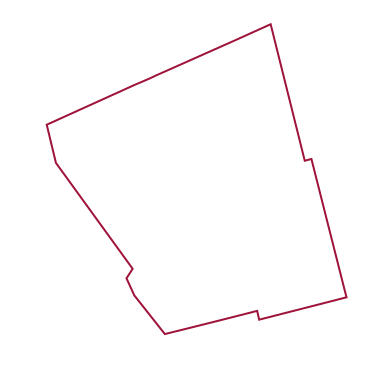 outline of Haralson, Georgia, United States of America, rotated 75°
{"feature_id": "52423323B68344767705299", "entity_name": "Haralson", "entity_type": "district", "adm_level": 2, "iso_a3": "USA", "parent_name": "United States of America", "parent_adm1": "Georgia", "projection": "mercator", "projection_center": [-85.207, 33.779], "detail": "fine", "context": "isolated", "style": "outline", "palette": "rose", "viewbox_px": 384, "rotation_deg": 75, "n_neighbors": 0, "source": "geoboundaries", "source_scale": "gbopen_adm2", "svg_char_len": 403}
<svg xmlns="http://www.w3.org/2000/svg" viewBox="0 0 384 384"><g transform="rotate(75 192 192)"><path d="M50.3,72.6L57.6,117.1L58.4,122.4L70.2,197.2L71.3,203.0L73.8,220.4L89.4,314.9L128.7,315.9L250.8,269.2L258.4,277.6L276.9,274.5L322.2,255.0L323.3,191.3L323.7,159.8L332.7,160.2L332.9,143.5L333.7,70.0L322.7,69.9L191.0,68.1L191.0,75.0L50.3,72.6Z" fill="none" stroke="#9f1239" stroke-width="2"/></g></svg>